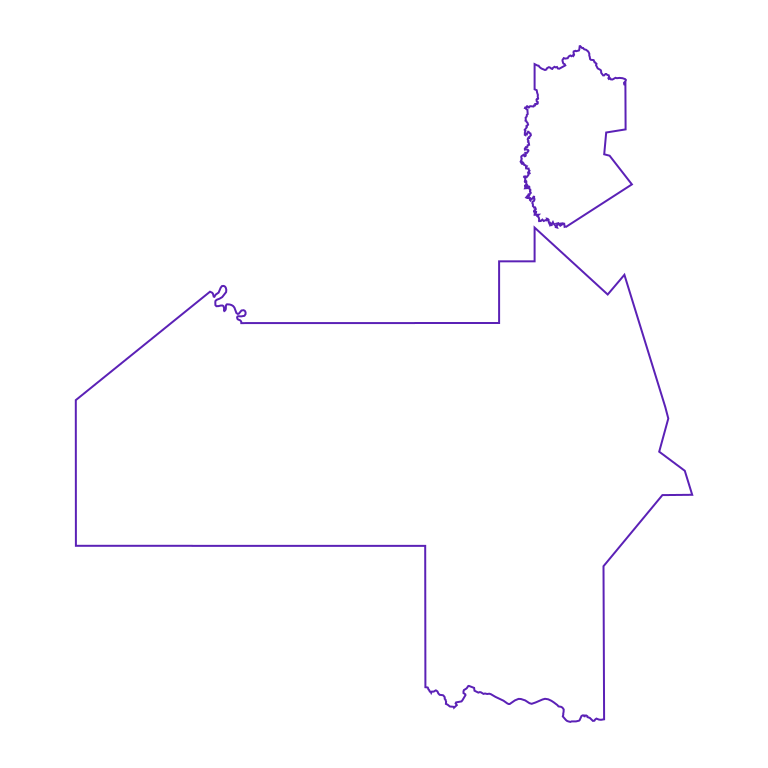 Ambunti/Drekikier District, East Sepik, Papua New Guinea (Natural Earth projection)
{"feature_id": "67681753B88786401502909", "entity_name": "Ambunti/Drekikier District", "entity_type": "district", "adm_level": 2, "iso_a3": "PNG", "parent_name": "Papua New Guinea", "parent_adm1": "East Sepik", "projection": "natural_earth1", "projection_center": [142.509, -4.218], "detail": "fine", "context": "isolated", "style": "outline", "palette": "violet", "viewbox_px": 768, "rotation_deg": 0, "n_neighbors": 0, "source": "geoboundaries", "source_scale": "gbopen_adm2", "svg_char_len": 5996}
<svg xmlns="http://www.w3.org/2000/svg" viewBox="0 0 768 768"><path d="M534.6,227.6L534.6,261.3L499.1,261.3L499.1,323.0L241.3,323.1L241.2,321.6L240.8,321.0L240.1,320.3L238.1,319.5L237.4,318.8L237.1,317.3L237.5,316.5L238.1,316.2L241.2,316.4L244.4,315.8L245.5,314.2L245.6,312.6L245.2,311.4L244.6,310.7L243.6,310.2L241.5,310.5L238.8,313.7L237.7,313.9L236.4,313.0L234.4,307.6L233.2,306.1L231.6,305.1L229.7,304.5L227.0,304.3L226.5,304.6L225.9,305.8L225.8,309.0L225.2,310.4L224.3,311.0L224.0,310.5L224.1,307.9L223.4,306.1L222.5,305.5L220.9,305.5L218.5,306.1L216.4,306.2L215.4,305.1L215.3,301.9L215.6,300.7L216.9,299.7L219.5,298.7L222.2,297.1L226.1,292.1L226.3,289.8L225.8,287.8L225.1,286.7L224.2,286.1L223.2,285.9L221.8,286.2L220.6,287.9L218.6,292.6L215.7,294.6L214.4,296.8L213.7,296.6L213.0,293.9L212.3,292.8L210.0,291.7L75.8,400.1L75.9,545.8L425.2,545.9L425.4,687.2L427.7,687.5L428.1,688.2L428.4,689.4L429.1,690.0L429.8,691.6L430.7,691.7L431.2,692.8L431.6,691.9L432.0,691.6L433.7,691.6L435.7,690.4L436.2,690.5L437.5,691.5L438.3,693.4L439.6,694.8L442.8,695.2L443.4,695.5L444.7,697.2L444.7,698.8L445.6,699.8L445.6,700.5L446.1,701.5L445.9,703.9L447.5,704.6L449.9,706.5L453.4,706.8L454.0,707.1L454.1,707.6L456.8,705.1L455.6,703.4L456.1,702.4L461.5,701.4L462.4,700.3L465.5,695.1L465.3,694.3L463.5,693.1L463.5,691.3L463.9,690.1L466.6,688.4L468.3,686.0L468.9,685.9L474.1,687.9L474.5,690.7L478.3,692.6L479.8,692.1L480.9,692.3L483.5,693.9L485.0,693.5L487.2,694.0L489.3,693.7L490.9,694.2L495.5,696.9L503.5,700.7L507.3,703.4L508.6,704.0L509.7,704.0L514.9,700.4L518.5,698.9L520.9,699.0L525.2,700.4L529.5,703.2L531.7,703.8L535.5,702.5L542.5,699.5L545.0,698.8L548.2,699.3L551.4,700.8L553.7,702.3L557.4,705.1L558.5,706.4L561.0,706.8L562.4,707.6L563.7,709.4L563.6,711.7L563.2,713.9L563.3,714.6L562.8,716.4L565.9,720.0L567.0,720.9L568.3,721.4L570.4,721.9L571.6,721.4L576.0,721.4L579.0,720.7L579.6,720.2L581.5,716.0L582.6,715.4L583.7,715.4L584.2,716.2L584.7,716.3L585.1,715.5L586.3,715.5L587.4,716.3L587.5,717.1L589.8,717.9L592.9,720.9L594.4,720.7L595.0,719.7L596.4,718.6L599.0,719.6L601.0,719.8L604.1,719.3L603.5,566.2L662.4,495.1L692.2,494.8L684.8,470.8L659.2,451.7L668.3,418.5L665.3,407.1L624.4,274.8L607.7,294.5L534.6,227.6ZM534.6,64.1L534.6,89.3L536.7,90.2L537.1,92.6L537.9,95.0L537.7,96.3L538.1,98.6L537.8,99.0L536.8,99.1L536.5,99.7L536.8,101.6L537.8,102.1L537.7,103.5L537.2,103.9L535.3,104.0L535.4,104.8L534.8,105.6L534.1,105.4L533.5,106.5L530.5,106.2L529.9,106.3L529.1,107.4L528.7,107.5L528.2,106.8L527.1,106.2L526.9,106.4L527.0,107.0L526.7,107.3L525.2,107.5L525.0,108.0L526.1,108.2L526.2,109.0L527.4,109.7L527.7,114.1L526.8,114.9L526.7,116.5L525.6,117.7L525.8,119.3L525.5,120.7L526.4,121.2L526.6,121.9L527.5,122.8L528.1,124.7L526.4,126.1L526.9,126.9L526.7,127.4L524.7,129.9L525.4,130.7L524.9,132.2L524.8,134.8L525.5,135.2L525.7,134.5L526.2,134.1L526.9,134.3L527.0,133.4L528.1,131.7L528.6,131.8L529.5,133.2L530.4,133.4L530.9,135.1L529.6,136.9L529.0,137.1L529.1,138.0L528.3,137.9L527.9,138.5L527.7,139.6L528.5,141.1L528.0,141.9L528.8,142.9L529.1,144.8L527.6,145.3L527.4,146.9L527.0,147.2L525.9,147.1L524.8,148.7L524.9,149.6L526.2,149.4L527.8,149.8L528.4,150.4L528.4,150.9L527.0,152.9L525.4,152.9L525.8,154.7L525.7,155.7L525.3,156.1L524.7,156.3L524.1,155.8L523.7,154.7L521.6,156.1L521.3,156.6L521.3,157.9L521.7,158.5L521.7,159.0L521.2,160.2L521.8,161.5L521.6,161.7L520.8,161.3L520.6,161.7L521.9,163.8L522.3,163.9L523.2,162.9L523.6,163.4L524.2,165.0L525.5,165.3L525.9,166.2L526.7,166.3L526.0,167.5L526.1,168.4L528.6,168.6L528.6,169.5L529.5,170.7L528.2,172.3L528.7,172.7L529.4,172.8L529.6,173.3L528.3,173.7L528.5,174.8L527.1,176.7L526.7,177.1L525.7,176.4L524.2,176.5L524.0,176.9L525.1,178.1L525.3,179.0L524.8,181.6L525.0,182.0L525.4,182.0L526.1,181.1L526.3,181.3L526.3,183.8L527.4,185.4L526.8,186.5L525.7,185.1L525.0,185.6L525.0,186.2L525.5,186.9L525.0,188.3L527.5,188.1L528.1,186.6L529.1,186.6L529.4,187.0L529.2,188.5L529.8,189.4L530.3,189.6L530.4,190.3L530.0,190.9L530.0,191.8L530.7,192.4L530.8,192.9L529.5,194.4L528.6,194.3L528.4,194.8L529.2,195.6L528.9,196.1L527.6,195.8L526.2,197.5L527.3,198.0L530.1,198.1L529.9,199.9L530.5,200.5L531.2,199.0L532.4,198.7L533.6,196.7L534.1,196.8L534.1,197.6L533.5,198.4L534.1,198.5L534.5,199.0L534.3,200.2L533.7,201.2L532.8,201.6L532.4,202.2L532.4,203.4L532.9,204.1L532.9,206.1L533.7,206.8L534.2,207.7L535.2,207.5L535.8,209.1L534.5,210.2L534.0,211.1L534.0,211.7L534.7,212.2L535.6,211.5L536.1,211.7L536.0,212.7L534.7,213.7L534.6,214.8L538.7,214.7L537.3,216.1L538.7,217.3L539.4,220.2L539.0,220.4L539.1,221.1L540.8,221.0L542.4,219.6L543.7,221.0L545.7,220.1L546.7,220.4L547.2,219.9L546.9,218.7L547.7,218.9L548.7,220.0L548.5,220.7L548.8,222.3L549.8,224.5L550.3,223.1L550.9,223.8L550.6,225.2L551.7,225.1L552.0,223.7L552.9,222.2L553.5,223.6L555.6,225.8L555.7,227.1L557.1,227.5L556.5,225.9L557.8,224.4L556.7,223.6L558.3,223.2L558.7,224.2L560.3,225.7L561.6,224.8L560.7,223.6L562.8,223.3L563.1,224.0L564.2,223.8L564.6,226.8L565.4,226.5L566.1,226.8L631.9,184.4L609.6,155.7L604.2,154.3L606.2,132.5L625.6,129.4L625.4,83.6L624.7,84.7L624.3,84.5L624.0,82.9L625.6,80.9L625.9,80.0L625.1,79.1L622.5,78.2L619.6,77.9L616.9,78.2L615.5,77.8L612.5,79.5L610.9,79.4L610.3,78.4L608.9,79.0L608.4,78.2L609.1,76.8L608.7,75.3L607.4,75.0L606.3,74.0L605.5,74.0L604.1,75.4L603.1,75.4L601.2,72.8L601.1,71.0L600.6,70.0L597.7,68.4L596.0,65.1L596.5,63.9L595.1,62.4L594.6,62.4L593.6,60.1L590.9,59.8L590.1,59.1L589.7,56.6L589.3,55.7L589.3,53.6L588.2,51.5L586.1,49.8L584.2,49.3L583.1,48.0L582.2,48.1L580.2,46.1L579.7,46.2L579.3,49.5L578.9,50.5L576.1,51.2L575.5,50.8L573.7,51.4L573.5,52.6L574.1,54.8L573.3,56.0L572.7,55.4L571.5,56.2L570.3,55.5L568.7,56.5L567.7,58.2L565.1,58.6L563.8,58.1L562.5,60.0L562.5,60.9L563.2,63.2L563.6,63.7L564.6,64.1L565.3,65.4L559.3,68.7L557.9,68.5L557.0,67.0L555.7,67.4L554.5,66.8L552.6,68.2L552.3,68.9L551.5,68.7L549.8,67.4L548.8,67.2L547.2,68.1L546.7,68.6L546.4,69.5L545.0,70.0L541.4,68.5L539.6,67.1L538.6,65.7L537.6,65.6L534.6,64.1Z" fill="none" stroke="#5b21b6" stroke-width="2"/></svg>